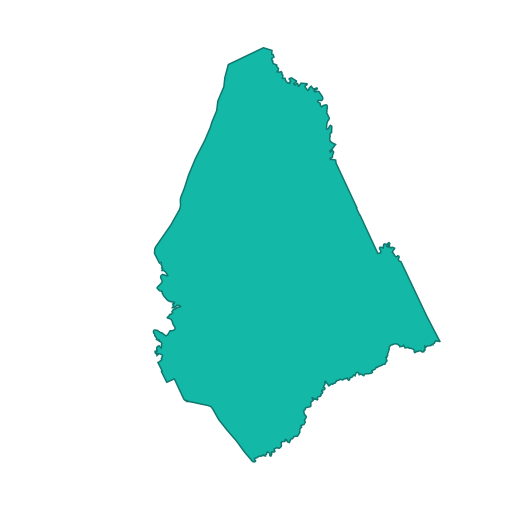 Hume, Victoria, Australia, rotated 56°
{"feature_id": "25037944B10619545343998", "entity_name": "Hume", "entity_type": "district", "adm_level": 2, "iso_a3": "AUS", "parent_name": "Australia", "parent_adm1": "Victoria", "projection": "natural_earth1", "projection_center": [144.895, -37.597], "detail": "fine", "context": "isolated", "style": "filled", "palette": "teal", "viewbox_px": 512, "rotation_deg": 56, "n_neighbors": 0, "source": "geoboundaries", "source_scale": "gbopen_adm2", "svg_char_len": 6163}
<svg xmlns="http://www.w3.org/2000/svg" viewBox="0 0 512 512"><g transform="rotate(56 256 256)"><path d="M337.8,394.8L339.7,392.4L353.1,379.4L355.6,377.6L358.7,377.4L370.9,378.4L384.7,377.3L398.9,375.6L411.4,375.2L424.4,373.8L425.4,373.0L426.0,371.9L425.7,370.9L424.2,371.0L423.2,370.6L423.0,369.9L423.7,368.3L423.8,365.1L425.1,363.2L424.9,361.2L425.8,360.8L426.2,361.0L426.9,360.1L426.2,360.0L426.4,358.4L424.7,356.2L426.7,355.0L428.4,354.9L428.6,355.9L429.1,356.1L430.0,355.9L430.2,355.5L429.0,353.8L427.2,352.3L427.3,351.9L428.6,350.8L428.6,349.6L426.3,349.2L426.5,346.0L428.3,344.5L428.4,343.2L428.0,341.6L427.5,341.0L424.7,339.5L424.5,338.6L424.8,337.7L425.8,335.9L425.4,334.8L424.7,334.6L424.5,334.0L425.6,333.4L427.5,333.9L429.3,332.7L427.2,329.2L427.9,327.9L426.9,325.3L428.6,322.4L426.8,318.4L423.9,316.4L423.4,313.9L421.6,313.6L422.5,310.4L421.2,308.0L419.2,307.6L418.1,305.1L417.3,304.1L413.7,304.3L410.8,302.8L410.9,301.4L409.6,299.6L411.2,295.5L411.0,294.3L407.8,292.3L407.7,289.4L405.0,288.7L405.8,287.9L407.3,287.8L408.0,286.7L409.5,285.7L409.3,284.9L408.2,285.1L407.6,283.7L407.6,282.5L408.3,281.5L408.2,280.6L407.9,280.0L406.8,279.6L407.0,278.1L406.1,276.7L404.9,277.2L404.0,276.1L405.0,274.7L404.6,273.0L403.7,272.8L402.6,273.7L400.4,270.0L399.0,269.5L398.6,268.9L399.0,268.3L401.8,268.4L403.0,268.0L404.1,268.5L404.5,268.1L404.2,264.8L405.3,264.2L405.0,263.0L405.6,261.2L404.4,259.1L404.8,258.9L404.7,258.0L405.3,256.7L405.2,255.1L407.0,253.8L407.3,252.9L407.1,251.2L407.9,250.5L408.1,248.6L408.9,248.5L409.6,249.0L411.0,248.5L410.8,247.6L409.5,245.9L410.1,244.5L410.0,243.2L409.2,241.7L409.4,241.3L410.7,240.9L409.1,238.8L408.8,237.6L409.8,236.4L412.2,236.8L412.6,234.9L415.5,233.6L414.6,231.4L416.7,228.4L417.0,226.9L417.6,226.4L417.6,224.5L416.0,224.0L416.4,220.3L415.5,218.4L416.3,217.5L416.0,216.3L417.0,212.9L416.7,211.7L417.8,209.7L416.3,207.0L416.2,206.0L413.0,205.2L413.1,204.1L412.2,204.0L412.3,202.6L411.0,201.9L407.6,197.5L406.0,196.6L405.3,194.0L406.0,192.0L406.0,190.6L406.7,190.0L407.1,188.8L408.6,187.9L410.8,187.2L411.7,187.5L412.8,184.9L412.5,183.6L415.5,183.9L416.9,181.0L418.2,180.5L419.0,179.4L421.1,177.7L422.2,177.5L424.4,178.5L425.0,178.3L425.0,176.9L424.7,176.6L425.4,175.8L425.9,173.7L427.1,172.3L428.6,171.9L429.2,170.3L428.4,169.7L428.6,168.7L428.3,168.3L425.2,166.5L426.6,166.1L426.3,164.4L428.1,161.1L427.6,159.8L428.6,159.0L427.9,158.3L428.0,156.7L427.0,155.5L427.2,154.8L426.8,154.2L428.4,152.9L428.3,151.7L429.4,151.9L429.6,151.3L402.1,148.2L341.7,139.0L340.4,140.1L338.2,140.0L337.5,138.5L336.3,137.6L335.0,138.4L335.5,139.6L334.8,140.4L333.3,140.8L330.2,140.6L329.2,140.9L328.1,139.3L327.5,137.1L327.0,136.7L324.8,138.3L324.9,139.4L324.3,139.9L322.7,140.0L321.2,139.1L320.6,138.1L319.2,138.3L319.1,138.9L319.6,140.0L322.3,140.7L322.5,141.3L321.8,141.2L321.2,142.3L319.2,141.3L317.8,142.7L317.8,143.4L318.3,144.3L319.0,144.4L319.3,145.1L320.5,146.0L318.3,147.8L318.1,148.5L318.3,149.0L319.1,149.5L321.5,149.7L323.1,150.9L322.0,153.6L280.1,146.9L280.0,147.2L272.4,145.9L272.4,145.4L223.7,137.7L221.0,136.3L217.7,139.7L217.5,140.4L216.5,139.8L216.8,137.4L215.4,136.3L213.3,133.5L210.9,133.5L211.5,136.3L210.3,136.1L209.8,132.8L208.0,127.6L205.9,129.0L202.4,130.3L200.0,129.4L198.3,127.6L196.6,126.8L196.2,126.4L195.8,124.2L190.8,120.6L189.4,121.1L189.4,122.1L190.8,124.7L190.9,125.5L190.6,126.3L189.8,126.3L186.1,123.5L184.3,121.2L183.6,119.1L182.8,118.2L176.4,117.2L175.8,116.3L174.4,115.6L173.4,114.2L171.8,113.2L170.5,112.9L169.7,113.6L168.9,116.0L169.0,118.2L167.1,118.4L165.2,117.4L162.7,118.6L162.0,118.3L161.9,117.0L163.5,115.2L163.8,114.4L163.5,113.3L162.7,112.5L161.2,111.9L154.7,111.9L153.3,114.0L153.2,115.0L151.9,115.6L151.5,115.0L151.8,112.4L151.5,111.5L151.1,111.4L150.6,111.7L149.8,115.0L146.1,115.3L146.2,117.1L146.7,118.4L147.7,119.3L147.7,120.5L144.3,120.8L142.9,120.5L142.2,119.7L142.6,118.4L142.4,117.7L141.6,117.4L137.9,122.0L139.2,125.7L138.7,125.9L136.6,125.1L135.9,125.3L135.7,125.7L136.1,127.4L135.5,128.3L134.8,128.5L134.4,128.3L134.0,125.1L133.5,124.6L128.1,127.0L127.6,128.8L127.7,129.6L129.7,129.3L130.6,130.1L130.7,131.1L131.6,131.4L130.3,132.8L129.3,133.3L126.7,133.3L124.9,132.5L123.5,134.6L121.1,132.6L119.3,132.8L118.6,132.0L117.6,131.9L117.1,132.1L116.9,133.7L115.8,134.4L115.3,135.5L114.8,135.1L114.2,133.4L113.0,132.5L110.2,133.0L109.4,132.0L106.1,134.1L104.8,133.9L103.9,133.0L102.3,133.4L101.9,132.8L101.1,132.6L101.0,131.5L101.3,130.1L100.8,129.7L98.6,129.2L97.5,130.1L94.5,127.8L87.5,133.4L81.8,171.9L90.7,182.1L97.6,187.9L106.3,201.1L113.5,207.3L120.3,217.6L124.0,222.2L131.6,233.9L141.3,251.6L151.0,266.4L159.7,277.4L165.4,285.7L167.2,287.4L172.1,290.4L174.6,293.2L182.7,309.3L192.3,334.0L193.4,335.8L197.0,338.7L207.9,340.0L208.1,338.5L209.1,338.5L210.1,339.6L211.2,339.4L212.2,339.8L213.2,340.9L214.2,340.3L215.4,342.1L216.2,340.9L218.4,339.9L222.7,339.9L223.0,340.2L222.7,340.9L219.1,343.6L219.1,345.4L219.6,346.4L220.7,347.2L224.1,347.7L225.0,348.3L225.7,350.1L226.6,355.0L227.1,355.8L227.7,356.0L230.9,355.4L232.7,353.7L233.4,353.8L234.1,354.5L237.8,354.8L242.8,354.2L244.7,353.4L246.6,351.9L248.7,349.5L249.5,350.3L249.2,351.9L250.7,352.4L251.7,352.2L252.2,352.6L251.8,353.2L251.8,354.2L252.1,354.4L253.2,352.3L252.6,349.1L254.6,346.9L255.7,346.8L255.8,347.5L254.6,350.2L254.8,351.8L254.3,354.8L255.2,356.9L256.6,357.0L256.8,358.8L256.2,360.3L257.0,361.4L257.3,363.9L258.0,364.0L260.6,361.9L263.1,362.0L266.3,363.0L269.8,363.0L271.1,363.7L271.6,365.4L271.0,367.5L269.9,368.9L272.0,373.4L271.7,375.5L266.9,377.0L266.3,377.9L262.3,379.5L260.5,381.7L260.7,382.7L261.6,383.5L262.9,383.9L264.2,383.7L265.3,384.4L269.2,384.4L269.6,385.2L270.5,384.7L270.9,383.6L271.7,383.2L272.2,383.3L272.1,383.9L272.4,384.0L273.8,383.0L275.8,382.9L276.7,384.1L277.8,384.5L279.3,386.0L276.2,386.6L276.0,388.3L276.4,389.4L277.7,390.4L279.3,390.8L279.9,392.2L278.9,392.1L278.5,392.9L280.0,393.7L282.2,393.3L283.1,393.7L283.0,392.4L282.0,392.1L283.5,390.3L285.3,389.2L286.3,389.2L288.3,392.0L289.4,392.1L289.6,395.7L289.4,396.8L298.8,398.1L298.8,399.0L310.8,400.6L312.2,392.4L334.5,395.9L335.8,395.6L337.4,394.0L337.8,394.8Z" fill="#14b8a6" stroke="#0f766e" stroke-width="1.5"/></g></svg>